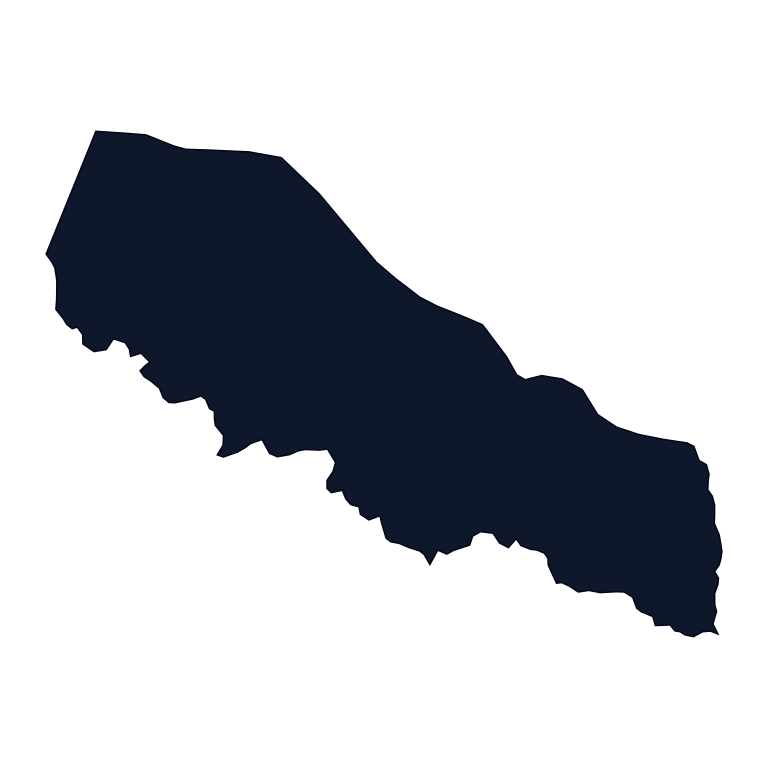 the district of Lagoa Santa, Goiás, Brazil
{"feature_id": "56859067B16528022639352", "entity_name": "Lagoa Santa", "entity_type": "district", "adm_level": 2, "iso_a3": "BRA", "parent_name": "Brazil", "parent_adm1": "Goiás", "projection": "robinson", "projection_center": [-51.261, -19.187], "detail": "fine", "context": "isolated", "style": "filled", "palette": "ink", "viewbox_px": 768, "rotation_deg": 0, "n_neighbors": 0, "source": "geoboundaries", "source_scale": "gbopen_adm2", "svg_char_len": 2037}
<svg xmlns="http://www.w3.org/2000/svg" viewBox="0 0 768 768"><path d="M717.9,634.0L713.0,624.0L714.8,617.4L716.6,611.5L714.8,605.1L714.6,593.6L717.9,584.5L718.5,578.2L714.6,571.4L719.2,564.9L720.8,559.0L721.9,551.5L720.8,544.0L719.2,534.9L714.3,523.4L714.6,514.9L714.6,505.1L712.3,496.1L707.8,489.9L708.1,481.8L709.0,474.1L706.4,464.7L699.0,460.5L693.9,446.4L687.2,443.0L663.0,439.3L638.7,434.5L616.6,427.2L597.6,414.5L582.3,389.7L562.4,379.0L541.7,375.6L525.1,379.7L516.6,374.7L506.6,356.8L482.5,324.8L463.0,316.4L437.2,306.2L419.6,297.1L406.6,287.0L396.1,279.1L376.3,262.1L319.3,194.0L281.3,157.7L249.3,151.9L207.6,150.0L185.8,149.3L173.8,146.0L146.0,134.9L126.2,133.3L95.9,131.3L46.1,254.1L51.5,261.5L54.8,267.7L56.8,280.1L56.8,289.3L56.6,299.7L55.9,309.4L62.8,318.0L66.8,324.5L72.2,328.7L77.2,327.1L82.7,334.6L82.9,344.0L94.0,351.6L106.2,349.6L113.5,338.7L125.2,342.7L129.4,349.3L130.6,356.4L141.0,353.2L149.8,362.0L144.6,366.2L140.1,370.8L144.1,376.6L150.6,380.9L159.4,388.1L163.2,397.6L168.8,402.4L174.8,402.8L192.9,398.9L200.8,395.9L205.7,399.3L209.6,408.7L214.4,411.2L214.4,418.1L215.3,425.3L223.5,435.4L223.1,445.1L217.3,454.9L223.5,457.0L237.6,452.0L245.6,447.4L250.4,443.6L262.0,439.5L265.8,446.4L269.6,453.4L277.4,456.8L289.3,454.7L298.6,450.7L305.4,449.5L319.2,450.1L327.5,449.1L335.5,462.4L333.1,471.3L327.0,480.5L327.0,488.5L331.3,492.6L342.3,490.3L345.9,499.0L350.8,504.6L359.0,506.8L360.4,514.3L368.9,519.9L380.0,515.7L381.3,521.9L386.1,538.2L390.8,541.8L399.3,543.4L409.1,547.6L419.6,550.9L424.1,554.5L429.9,564.5L437.7,550.1L446.8,554.1L453.3,550.5L469.7,545.1L472.6,536.2L480.5,531.7L493.0,533.2L499.5,543.0L508.4,547.6L516.2,538.8L521.1,545.7L530.3,549.2L537.2,550.1L544.4,553.2L548.0,558.4L548.2,564.9L556.5,583.2L561.8,582.6L569.8,586.4L578.3,592.0L588.8,590.4L600.1,592.6L616.6,591.7L624.2,592.0L632.7,597.2L636.7,608.2L641.5,611.9L652.8,616.5L655.4,625.5L670.1,625.0L674.9,630.9L680.1,631.7L684.8,634.8L693.4,636.7L702.7,631.7L710.6,631.1L717.9,634.0Z" fill="#0f172a" stroke="#020617" stroke-width="1.5"/></svg>